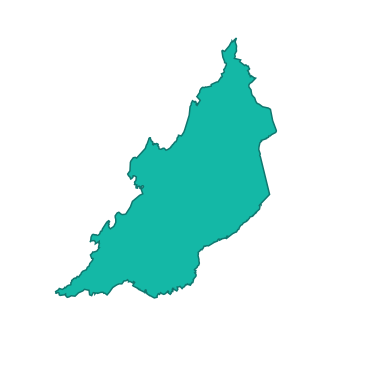 the district of NCR, Second District, Quezon City, Philippines, rotated 210°
{"feature_id": "2640588B12869096786612", "entity_name": "NCR, Second District", "entity_type": "district", "adm_level": 2, "iso_a3": "PHL", "parent_name": "Philippines", "parent_adm1": "Quezon City", "projection": "equal_earth", "projection_center": [121.081, 14.655], "detail": "fine", "context": "isolated", "style": "filled", "palette": "teal", "viewbox_px": 384, "rotation_deg": 210, "n_neighbors": 0, "source": "geoboundaries", "source_scale": "gbopen_adm2", "svg_char_len": 6035}
<svg xmlns="http://www.w3.org/2000/svg" viewBox="0 0 384 384"><g transform="rotate(210 192 192)"><path d="M149.8,287.5L157.8,294.1L165.4,302.8L167.8,302.9L173.5,301.1L177.6,301.6L179.9,301.3L182.1,302.4L184.6,304.7L188.3,305.9L189.7,307.1L192.0,310.0L195.2,311.4L196.3,313.1L196.2,315.0L195.1,317.0L193.8,322.4L195.5,322.0L195.5,321.8L197.3,322.3L198.9,321.8L198.8,321.2L199.0,321.1L199.2,322.2L200.0,321.8L201.3,323.1L201.9,322.7L202.6,324.0L204.6,325.0L203.9,326.3L203.7,327.4L205.1,328.1L206.1,329.1L206.8,328.6L208.6,329.0L209.3,328.7L209.5,327.9L215.9,328.7L215.9,330.7L222.1,328.9L222.4,331.1L223.7,332.3L223.9,333.0L223.9,336.3L225.3,338.3L226.4,340.7L229.7,343.6L230.5,347.6L231.3,345.0L231.0,345.0L231.9,342.4L232.8,342.8L232.6,342.4L232.9,341.2L232.8,336.9L234.0,330.2L234.3,329.9L236.2,330.0L236.6,329.1L232.7,324.2L229.1,321.4L228.4,320.3L226.6,320.6L225.6,318.7L225.8,317.7L225.4,316.1L225.7,313.9L224.0,312.1L224.7,310.1L225.6,309.1L223.5,307.1L223.9,305.6L224.2,305.7L224.5,300.4L225.8,299.4L229.1,294.7L228.3,293.3L232.2,289.8L232.8,289.7L233.6,288.5L235.0,288.1L235.5,287.3L235.9,285.6L235.8,283.6L235.1,281.9L235.4,278.3L235.3,277.7L235.5,277.0L230.7,275.5L230.9,269.5L232.0,269.7L231.9,271.3L233.7,271.2L233.8,272.0L234.5,272.1L234.8,271.8L234.9,271.2L237.2,271.3L237.0,268.4L236.3,267.1L236.3,264.9L232.8,257.1L229.5,242.7L229.0,239.8L229.2,235.3L232.1,234.4L231.5,233.0L231.9,232.0L231.8,230.9L231.2,230.2L231.2,228.6L231.0,227.6L231.8,226.7L232.2,223.5L232.5,223.2L232.5,221.8L232.9,220.9L232.6,220.1L234.1,216.9L235.4,215.2L237.9,216.0L239.0,215.4L240.2,213.4L242.1,212.9L243.5,214.6L244.9,214.9L244.9,216.1L245.7,216.5L246.9,216.3L247.4,215.3L248.5,215.3L248.9,214.8L248.7,214.2L248.9,213.6L249.8,213.5L250.3,214.9L251.2,215.7L251.4,215.5L251.9,215.9L253.0,215.9L254.0,217.0L255.0,217.6L255.2,218.1L255.7,217.9L256.1,216.9L255.8,216.2L254.9,211.2L255.0,210.0L254.2,206.4L256.9,193.7L258.5,193.6L260.0,192.3L260.4,188.4L260.2,186.9L256.3,179.3L256.7,175.4L255.2,174.4L253.0,173.8L251.6,172.6L251.1,173.2L250.7,174.6L250.6,175.7L251.1,176.2L251.0,176.7L250.1,177.2L247.7,177.2L246.3,173.9L246.7,172.1L246.5,171.5L245.7,171.0L245.6,169.8L244.9,169.8L243.5,170.5L243.1,168.4L242.4,167.6L241.1,168.1L241.2,168.7L241.8,169.7L240.7,170.6L239.9,170.6L239.0,169.2L238.5,169.2L238.2,169.9L238.6,171.3L238.5,172.0L237.9,172.8L237.2,172.9L236.8,172.6L236.6,171.6L237.4,169.0L233.7,165.8L235.7,162.9L238.9,154.1L237.9,148.3L238.3,139.9L239.0,139.1L241.2,137.5L242.5,137.4L245.2,137.9L246.3,136.5L246.6,132.9L245.6,131.4L244.5,130.4L242.8,127.6L242.5,123.1L244.3,119.3L246.0,119.8L247.7,121.4L247.7,122.7L248.4,122.6L248.9,123.0L248.5,124.9L248.7,125.3L249.8,125.5L250.6,123.7L250.8,121.9L251.1,115.0L250.6,113.4L251.0,112.4L251.5,112.2L251.0,109.6L251.3,108.5L251.7,107.6L252.5,107.0L253.7,107.0L254.5,106.4L255.9,106.1L256.6,105.7L257.0,104.8L256.8,102.4L255.5,99.5L255.2,97.6L255.0,99.1L252.5,101.0L251.1,100.7L250.3,100.0L249.8,98.8L247.7,103.0L247.2,102.1L247.6,101.2L246.5,101.2L245.3,97.3L244.9,97.1L244.4,97.3L244.9,93.2L247.1,90.8L247.9,90.5L247.9,88.8L248.5,86.7L245.7,84.4L244.5,84.9L244.0,83.1L244.7,79.0L244.1,76.3L245.0,74.5L244.6,71.9L247.0,68.7L247.4,66.7L247.1,64.8L247.7,63.6L247.4,62.8L247.6,61.8L249.2,61.5L249.4,59.1L250.2,59.1L251.3,57.7L251.2,57.0L252.0,55.3L251.4,54.4L251.5,52.6L250.9,51.9L250.6,51.0L252.5,49.3L253.5,47.3L253.4,46.2L254.0,45.6L254.5,45.7L254.5,44.8L255.6,42.8L258.7,42.1L258.7,40.7L260.3,37.6L259.7,37.2L259.5,36.4L259.0,36.4L257.7,38.0L257.2,38.1L256.4,37.7L255.6,36.6L254.5,36.5L251.1,39.2L250.5,40.4L249.7,39.1L247.4,38.4L246.1,39.6L244.7,41.8L241.2,43.3L239.9,47.9L237.1,51.8L236.5,53.9L232.0,55.4L229.3,51.8L227.1,52.1L227.2,55.3L226.9,55.7L225.5,56.0L225.1,55.2L224.9,56.3L223.6,57.1L223.1,57.0L220.8,59.5L218.9,60.7L217.7,60.2L217.0,60.8L214.1,60.4L213.4,64.2L212.9,69.6L210.7,74.0L209.2,76.0L206.8,77.4L206.4,81.1L204.9,82.0L203.9,83.8L202.1,82.8L202.0,82.5L200.9,83.6L197.9,83.6L197.9,85.2L196.5,85.1L196.5,81.3L195.8,81.2L190.9,81.5L190.8,81.2L190.0,81.4L189.3,81.0L188.6,81.5L188.4,81.1L183.4,81.4L183.4,83.9L182.8,84.0L182.8,83.7L182.0,83.4L181.9,81.5L181.2,82.1L180.5,82.0L180.3,81.4L177.0,81.1L177.0,81.3L171.7,81.4L169.6,83.4L170.2,84.5L170.3,84.2L170.3,87.1L168.9,87.1L168.9,89.1L167.1,88.9L165.2,89.3L164.2,90.7L163.3,94.2L162.6,94.0L162.7,92.9L159.7,92.5L159.4,93.9L159.9,94.4L159.9,95.6L158.9,96.0L159.0,96.6L160.3,97.5L160.6,98.9L159.7,99.3L159.3,98.2L157.9,98.7L155.7,98.7L155.6,100.6L157.3,102.3L155.9,103.3L155.2,104.3L152.3,103.4L152.0,105.1L151.2,106.2L151.2,108.2L151.0,108.7L150.6,108.6L150.2,109.6L149.9,109.6L149.9,110.1L148.2,110.1L147.9,110.7L147.5,110.3L146.8,110.5L146.8,113.4L146.5,113.3L146.0,114.0L146.9,117.1L147.2,117.1L146.5,120.9L146.9,122.1L147.6,122.8L149.2,123.4L148.6,124.1L149.1,124.5L149.4,125.9L150.0,125.6L151.0,125.8L150.9,126.8L149.9,129.2L150.2,130.4L149.6,132.2L150.1,134.1L151.6,135.8L152.3,137.1L155.1,140.1L155.5,141.6L156.4,142.6L156.4,143.2L155.8,144.6L155.6,146.5L154.5,146.9L154.7,148.1L154.3,148.3L154.3,149.8L154.5,151.0L154.0,151.3L153.7,151.8L153.2,151.8L152.3,153.0L150.8,153.6L147.7,159.3L148.3,159.3L148.5,159.3L148.0,159.3L147.9,159.7L147.2,160.0L145.4,162.3L145.7,163.2L145.6,164.1L145.2,164.7L144.2,163.9L143.6,164.7L143.7,165.1L143.4,165.1L142.7,166.0L142.8,166.5L141.2,167.7L140.5,168.6L139.4,168.9L139.6,171.3L138.7,171.6L138.4,170.3L135.9,176.4L133.8,179.5L133.5,179.6L133.5,182.5L133.0,182.8L132.8,183.4L133.2,184.6L133.2,186.9L132.7,188.4L132.2,188.8L132.1,190.8L130.0,194.0L130.3,194.8L129.7,195.2L129.2,198.0L129.3,199.4L127.6,201.1L127.6,202.1L127.4,202.5L127.1,202.4L127.0,203.8L126.1,206.0L126.6,206.0L125.0,210.9L125.9,213.4L126.9,213.8L127.0,214.2L126.7,215.6L125.6,215.2L125.6,215.4L126.7,215.9L123.6,228.7L150.4,256.7L151.7,257.6L151.9,259.0L155.4,262.1L156.5,264.4L157.8,268.6L157.2,270.9L157.8,271.3L154.6,275.0L154.3,275.4L154.6,275.6L154.5,275.8L153.1,277.7L153.5,278.8L152.3,279.7L151.7,281.6L149.3,285.4L149.4,286.9L149.8,287.5Z" fill="#14b8a6" stroke="#0f766e" stroke-width="1.5"/></g></svg>